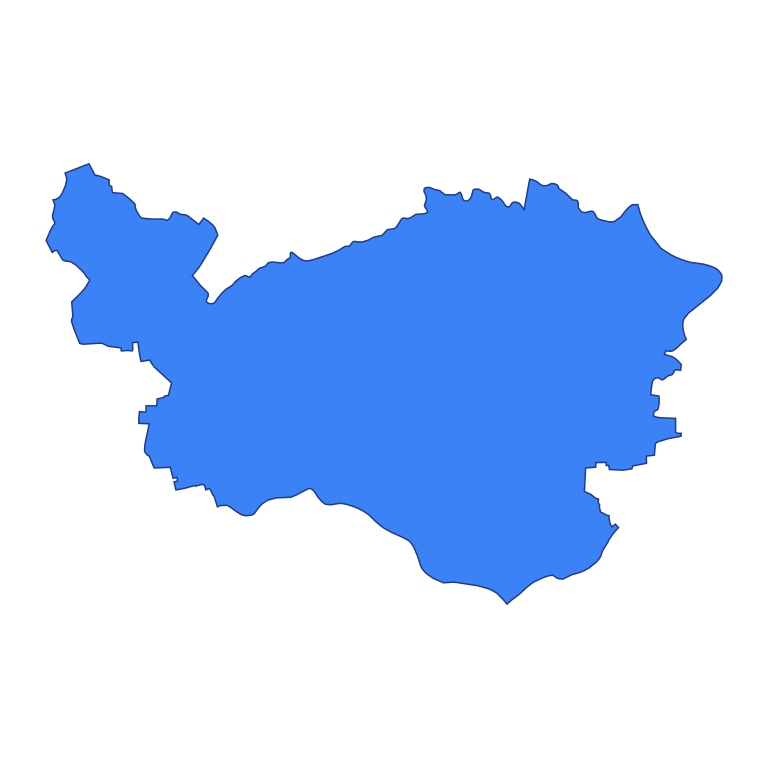 outline of Cam Giang, Hải Dương, Vietnam
{"feature_id": "81297802B85581314164043", "entity_name": "Cam Giang", "entity_type": "district", "adm_level": 2, "iso_a3": "VNM", "parent_name": "Vietnam", "parent_adm1": "Hải Dương", "projection": "orthographic", "projection_center": [106.206, 20.951], "detail": "fine", "context": "isolated", "style": "filled", "palette": "blue", "viewbox_px": 768, "rotation_deg": 0, "n_neighbors": 0, "source": "geoboundaries", "source_scale": "gbopen_adm2", "svg_char_len": 6081}
<svg xmlns="http://www.w3.org/2000/svg" viewBox="0 0 768 768"><path d="M507.0,604.2L511.1,600.4L519.8,593.8L527.4,586.8L530.5,584.3L534.0,581.9L539.4,579.3L545.0,576.9L548.7,575.8L552.7,575.1L556.5,577.8L559.2,578.8L562.6,579.1L563.8,578.7L572.3,574.5L579.2,572.7L583.7,570.8L589.0,568.0L596.9,561.6L599.8,557.9L601.1,555.4L601.8,552.7L603.2,549.6L608.0,542.1L608.8,539.9L613.7,532.9L618.5,527.6L615.4,524.2L612.7,526.1L612.1,527.0L610.5,524.7L610.0,523.0L608.8,517.1L609.1,515.7L607.9,515.7L600.2,511.8L600.3,510.3L599.4,508.1L599.6,504.9L598.1,502.3L598.6,499.3L598.1,498.8L595.9,498.4L591.1,494.6L584.4,491.4L585.6,468.0L595.7,467.2L596.0,462.6L606.1,462.4L606.2,465.5L608.8,465.5L609.3,469.5L623.1,470.2L631.9,468.8L632.7,465.9L646.5,463.3L646.4,456.1L654.4,455.2L655.3,444.1L656.5,442.6L658.2,441.7L668.0,438.7L681.0,436.2L681.1,433.3L677.4,433.3L676.1,432.6L675.6,431.8L675.6,418.4L660.9,417.8L656.2,417.1L653.7,416.1L653.5,413.9L653.8,412.4L655.3,410.7L657.4,409.9L658.2,408.4L659.2,402.9L659.0,396.1L650.6,394.7L651.9,384.1L652.8,380.7L654.4,378.9L656.3,377.9L658.6,378.0L662.3,380.0L664.5,378.7L667.9,375.9L672.2,374.6L673.4,373.2L674.2,371.1L674.8,370.2L676.9,369.8L680.6,370.3L681.2,364.4L677.7,360.6L675.7,358.9L672.2,356.6L664.3,354.5L665.9,350.8L669.7,351.3L671.9,351.1L673.2,350.5L676.9,347.9L680.6,344.2L686.3,339.4L684.8,335.9L683.4,331.1L682.7,325.9L683.1,321.5L683.8,319.0L688.6,313.0L710.1,295.8L717.8,288.1L720.7,282.9L721.8,280.3L721.9,277.5L721.8,275.2L720.2,272.5L717.6,269.7L715.4,268.1L709.2,265.7L703.4,264.1L689.6,262.2L681.9,259.7L676.5,257.6L670.9,254.8L661.0,248.4L650.1,234.6L646.5,227.9L643.8,222.3L640.4,213.8L637.8,204.6L632.9,204.7L631.6,205.2L629.9,206.3L626.9,209.2L620.5,217.1L615.1,221.0L613.5,221.7L609.4,221.9L600.0,219.7L597.8,218.6L596.9,217.7L594.4,213.0L593.0,211.4L591.1,211.1L585.2,212.6L582.7,212.2L581.2,211.5L578.8,208.5L578.3,207.1L578.1,202.3L577.7,201.1L576.3,200.2L572.7,199.9L565.5,193.1L558.9,188.5L558.1,186.0L557.2,184.9L555.2,184.0L552.0,183.5L550.4,183.9L547.7,185.3L545.2,185.8L542.5,185.6L540.3,184.3L536.4,181.4L533.1,179.9L529.7,179.1L524.1,209.6L520.0,204.0L518.0,202.7L516.2,202.1L513.4,202.2L511.5,203.6L510.1,206.2L508.9,206.9L507.0,206.8L504.9,204.9L503.4,202.3L501.7,200.1L498.6,197.6L497.6,197.1L496.9,197.1L493.8,199.1L492.6,199.5L491.7,199.2L491.2,198.6L490.7,195.8L489.6,193.6L488.6,193.0L484.1,192.4L478.8,189.2L474.9,189.1L473.0,190.2L471.7,195.6L470.5,198.2L469.4,199.6L468.1,200.5L467.0,201.0L465.5,201.0L463.9,200.4L463.2,199.7L462.4,198.0L461.2,193.7L460.2,192.4L459.5,192.3L456.4,194.3L454.2,194.9L445.5,194.7L444.2,194.2L439.7,190.6L435.2,189.7L429.0,187.3L425.6,187.8L424.3,188.7L424.0,190.5L424.1,191.8L425.7,195.0L426.4,197.7L426.1,200.6L424.4,205.4L425.1,207.3L426.5,209.2L427.6,211.2L427.2,212.3L426.3,213.1L424.0,213.8L415.7,214.4L411.4,217.2L408.8,218.4L406.1,218.5L403.1,218.0L401.5,219.1L397.1,226.0L395.2,228.2L394.2,228.7L387.8,229.6L386.6,230.4L382.5,234.9L381.5,235.5L373.6,237.2L368.3,240.1L362.5,241.9L359.7,242.0L354.0,241.4L353.1,241.7L351.6,243.3L350.0,245.5L349.1,246.3L346.1,246.2L344.6,246.6L339.2,250.0L331.9,253.5L312.7,259.8L307.3,261.0L303.4,260.4L299.2,258.1L292.8,252.8L291.0,252.3L290.4,253.3L290.3,256.9L289.9,257.8L286.6,259.9L285.0,261.8L283.8,262.6L280.8,262.9L272.2,262.0L269.6,262.4L267.5,263.5L266.1,265.6L265.1,266.4L259.1,268.4L256.1,271.3L252.6,273.7L250.5,276.5L248.5,277.1L246.1,275.6L245.4,275.5L244.3,275.7L240.4,277.6L235.6,281.4L232.4,285.2L225.9,289.4L222.4,292.6L217.7,298.1L215.1,302.2L213.4,303.4L211.5,303.8L209.6,303.6L208.1,303.1L206.8,302.2L206.4,301.2L206.5,299.8L208.0,296.7L208.2,295.6L208.2,293.7L207.6,292.6L200.2,285.2L194.6,278.2L192.3,275.9L199.3,267.0L210.0,249.5L217.8,235.2L215.1,228.1L213.1,225.3L207.9,220.9L203.6,218.1L198.9,224.5L187.4,215.6L185.2,214.8L180.6,214.4L176.1,211.9L173.8,212.1L172.4,213.0L169.9,218.2L167.1,220.5L164.0,219.3L161.9,219.0L152.3,219.1L142.4,218.2L141.1,217.7L139.9,216.5L136.9,211.6L135.7,208.8L135.2,206.8L135.1,204.8L134.7,203.7L129.6,198.9L122.7,193.5L115.5,192.9L112.7,192.6L112.3,192.3L111.7,186.7L109.0,185.0L109.2,179.9L101.1,176.6L97.1,175.4L95.1,175.3L89.0,163.8L65.1,173.0L66.7,178.3L66.4,181.5L65.4,185.8L62.3,193.1L60.3,196.2L59.0,197.5L56.0,199.4L53.0,199.9L54.6,204.1L54.8,205.9L53.6,211.4L52.6,214.5L52.5,216.5L52.8,218.7L54.5,221.8L54.8,223.1L54.5,223.9L52.3,226.9L49.8,231.8L46.1,240.5L52.3,252.4L55.1,250.5L56.3,250.4L57.3,250.9L62.6,259.8L63.5,260.5L65.2,261.0L70.3,261.7L71.9,262.4L76.3,265.4L82.9,271.7L85.1,274.4L86.8,277.1L89.8,280.0L85.8,286.9L84.0,289.3L79.5,294.3L71.7,301.9L72.7,314.1L72.6,317.3L71.7,319.2L71.5,321.2L73.9,328.8L79.7,343.3L81.1,343.8L83.3,344.2L99.7,343.2L102.1,343.3L108.6,346.3L121.0,347.9L121.3,350.9L128.7,350.5L131.6,351.0L132.6,350.6L132.8,349.4L132.6,342.5L137.9,342.3L139.2,352.1L140.8,360.9L141.3,361.5L149.8,360.0L150.4,361.4L153.9,366.6L171.6,383.0L170.4,387.3L168.5,395.3L164.4,396.2L163.5,397.6L157.1,399.0L156.8,405.8L146.0,405.8L146.1,411.1L145.5,412.1L139.5,411.6L138.7,419.7L138.8,423.4L149.3,423.8L145.6,440.8L144.9,445.1L144.5,450.7L145.1,452.5L147.4,455.1L149.2,456.1L154.2,468.0L170.2,467.3L173.2,478.3L176.9,477.4L177.6,481.0L174.0,481.9L175.9,489.9L184.3,488.4L195.3,485.4L195.6,486.1L200.9,484.7L203.2,484.5L204.0,485.0L204.9,486.4L205.8,489.8L209.7,488.6L210.1,489.2L212.7,494.7L213.8,495.7L214.5,497.5L217.4,506.8L220.9,505.5L227.1,505.3L229.5,506.6L237.8,512.5L241.2,514.6L243.9,515.4L246.2,515.7L251.6,515.1L254.2,513.7L258.4,507.9L260.6,505.4L262.3,503.7L267.8,500.1L276.3,497.9L290.5,497.3L295.7,495.3L306.9,489.4L308.8,488.6L311.3,488.7L314.2,491.3L318.3,497.5L320.9,500.6L323.9,503.2L325.7,504.3L330.9,504.8L337.1,503.7L341.5,503.4L347.3,504.5L356.2,507.5L362.9,510.8L368.7,514.7L375.4,521.3L380.9,525.9L384.2,528.3L391.6,532.4L402.6,537.3L408.1,540.3L410.0,541.7L411.2,543.3L412.7,545.2L413.8,547.2L417.4,555.7L420.6,565.6L422.1,568.8L426.2,573.4L432.8,578.1L443.5,582.8L452.8,582.2L456.1,582.4L477.8,585.7L488.6,588.8L491.3,590.0L497.1,593.3L504.0,600.5L507.0,604.2Z" fill="#3b82f6" stroke="#1e3a8a" stroke-width="1.5"/></svg>